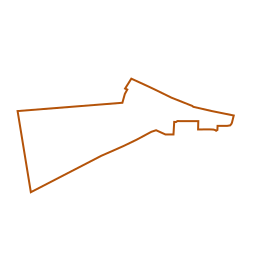 Ksar, Nouakchott, Mauritania (Natural Earth projection), rotated 261°
{"feature_id": "47542326B19939520283708", "entity_name": "Ksar", "entity_type": "district", "adm_level": 2, "iso_a3": "MRT", "parent_name": "Mauritania", "parent_adm1": "Nouakchott", "projection": "natural_earth1", "projection_center": [-15.967, 18.123], "detail": "fine", "context": "isolated", "style": "outline", "palette": "amber", "viewbox_px": 256, "rotation_deg": 261, "n_neighbors": 0, "source": "geoboundaries", "source_scale": "gbopen_adm2", "svg_char_len": 642}
<svg xmlns="http://www.w3.org/2000/svg" viewBox="0 0 256 256"><g transform="rotate(261 128 128)"><path d="M131.7,213.2L138.7,195.8L139.7,195.0L151.2,175.6L152.2,174.2L161.8,160.5L165.3,155.4L176.2,139.0L167.4,131.3L166.1,133.3L162.1,130.2L153.8,126.4L162.0,21.6L79.8,22.0L104.7,97.2L110.8,120.4L115.1,134.7L120.6,150.5L121.4,155.4L115.8,163.9L114.5,171.9L126.8,174.6L126.4,176.4L127.1,177.8L123.8,198.5L115.6,197.0L113.8,208.7L113.1,212.1L112.3,213.8L111.5,214.6L112.1,216.0L116.1,216.8L115.1,223.2L114.6,226.4L114.6,227.7L114.6,229.3L115.8,230.7L117.0,231.5L123.8,234.4L131.7,213.2Z" fill="none" stroke="#b45309" stroke-width="2"/></g></svg>